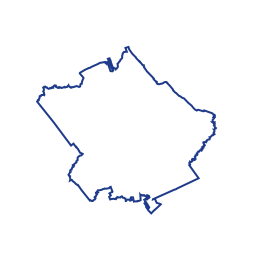 Fagetelu, Olt, Romania, rotated 54°
{"feature_id": "2599482B40628155009559", "entity_name": "Fagetelu", "entity_type": "district", "adm_level": 2, "iso_a3": "ROU", "parent_name": "Romania", "parent_adm1": "Olt", "projection": "equal_earth", "projection_center": [24.54, 44.785], "detail": "fine", "context": "isolated", "style": "outline", "palette": "blue", "viewbox_px": 256, "rotation_deg": 54, "n_neighbors": 0, "source": "geoboundaries", "source_scale": "gbopen_adm2", "svg_char_len": 5806}
<svg xmlns="http://www.w3.org/2000/svg" viewBox="0 0 256 256"><g transform="rotate(54 128 128)"><path d="M210.7,159.4L210.2,156.8L209.2,147.5L209.0,146.3L208.5,146.5L205.4,148.8L200.9,147.8L200.4,149.8L200.3,149.7L205.1,126.9L205.7,125.3L205.8,123.8L206.1,122.1L210.2,100.4L194.6,100.3L194.8,100.0L194.0,99.8L193.9,99.2L192.8,99.2L192.1,98.7L192.3,98.0L191.7,97.6L192.3,97.2L192.7,96.6L192.6,95.5L192.3,94.9L191.7,95.1L191.0,94.7L190.9,94.0L191.2,93.8L192.1,94.1L192.1,93.7L192.9,93.2L193.1,92.9L192.8,92.5L192.0,92.2L192.5,91.4L190.4,90.7L190.4,90.1L189.8,89.4L190.4,88.7L190.5,88.1L190.0,87.3L189.0,87.3L189.1,86.4L188.5,85.9L188.4,85.0L188.9,84.4L188.4,83.5L188.3,83.1L188.8,82.3L189.3,82.0L188.7,81.5L189.2,81.3L189.2,80.6L189.0,80.3L187.9,80.1L188.2,79.1L187.1,78.9L187.2,78.6L187.9,78.1L187.6,77.6L187.0,77.6L186.8,77.4L186.7,76.9L187.2,76.3L187.2,76.1L186.7,75.9L186.0,76.2L185.3,75.8L184.4,75.8L184.2,75.7L184.3,75.4L184.0,75.1L184.5,74.5L184.7,73.5L185.4,73.2L185.1,72.4L184.6,72.4L184.3,70.9L184.7,69.2L185.1,68.8L185.1,68.6L184.4,67.8L183.5,67.4L183.8,67.1L183.8,66.5L183.5,65.3L183.5,64.4L183.3,64.0L183.9,63.2L183.9,62.9L183.3,62.5L183.6,61.7L182.4,61.8L181.9,61.1L182.0,60.7L181.7,60.5L181.4,59.9L180.6,59.4L179.8,59.4L180.1,59.0L179.4,57.7L179.9,57.1L179.8,56.9L178.5,57.2L177.5,57.1L177.1,56.7L176.1,56.8L175.8,56.4L176.0,56.0L175.3,55.9L175.3,55.3L174.7,55.3L174.3,54.6L173.8,55.2L173.5,56.2L172.7,56.4L172.9,56.0L173.1,55.3L172.4,55.6L171.2,54.8L170.7,52.6L170.4,52.0L170.1,52.0L169.5,52.6L169.3,52.0L167.9,51.1L167.8,50.8L168.0,50.6L168.8,51.1L169.5,50.8L168.6,50.2L166.7,51.0L165.6,51.2L158.6,56.0L159.0,56.5L158.8,57.2L154.6,60.4L154.3,61.0L154.3,62.1L152.6,62.9L150.0,63.3L147.1,63.4L143.4,64.4L136.9,65.3L135.4,66.4L133.2,67.0L132.2,67.8L128.0,68.5L127.1,69.0L125.4,69.1L124.7,69.4L124.1,69.4L123.3,69.0L118.5,69.3L114.5,69.9L114.4,69.7L113.3,70.0L112.8,70.6L112.4,71.5L112.1,74.5L111.5,75.4L110.9,77.1L109.7,78.3L109.4,78.2L108.1,78.4L107.7,77.6L105.3,78.4L103.2,78.5L103.0,78.0L93.3,79.4L88.4,79.3L88.2,79.0L87.6,79.1L86.6,78.3L85.6,79.2L81.1,79.4L81.2,79.7L76.1,80.3L75.6,80.1L70.4,80.9L65.1,80.8L62.7,80.0L61.7,83.0L65.6,84.1L64.8,85.3L64.7,85.8L64.1,86.5L64.5,88.3L65.6,89.5L66.1,90.3L67.9,91.5L68.3,93.1L68.3,93.8L69.1,95.1L69.3,96.5L69.8,97.7L69.9,98.8L71.9,99.7L72.7,100.5L73.2,101.9L73.0,102.7L73.3,103.4L72.3,103.4L71.8,104.3L71.1,104.1L70.9,104.8L69.2,104.5L64.0,103.0L63.9,102.7L60.8,102.0L60.2,103.6L68.8,105.6L70.0,106.0L72.8,106.2L73.0,107.2L71.7,108.7L66.4,107.1L62.4,106.2L62.2,106.9L62.8,107.5L62.5,107.5L62.3,108.0L61.2,107.6L58.7,112.7L58.6,114.4L57.0,121.9L57.0,123.5L56.5,124.3L55.7,128.1L55.1,134.3L55.3,134.8L56.1,134.9L60.8,134.5L61.4,134.6L63.1,137.5L65.0,139.5L64.6,139.9L64.7,140.8L66.2,142.2L66.3,142.4L66.1,143.3L65.7,143.8L64.9,144.1L63.8,145.0L63.4,146.6L63.0,147.2L63.0,147.6L62.6,148.1L62.6,148.8L61.8,149.6L62.0,150.2L61.7,150.6L60.9,150.7L60.5,151.0L59.7,151.0L59.0,151.5L58.6,151.3L58.9,152.2L58.7,152.4L59.0,153.0L58.3,154.8L57.7,155.0L57.9,155.4L57.2,156.0L56.8,157.9L56.2,158.5L55.7,158.5L55.2,159.1L54.5,159.5L54.4,159.7L55.0,160.3L54.5,161.0L54.1,161.3L52.2,162.0L51.9,162.0L51.9,161.6L51.5,161.7L51.2,161.5L50.9,161.8L51.2,162.4L50.7,162.4L50.3,162.6L50.7,164.5L50.5,165.1L51.3,165.2L50.5,166.5L50.6,167.1L49.8,167.5L49.9,168.4L49.7,169.1L48.5,169.8L47.4,169.8L47.0,170.5L46.2,170.5L46.2,170.8L45.5,171.3L45.3,171.8L45.5,172.9L46.7,173.0L47.9,173.7L48.1,174.3L48.6,175.1L49.9,175.1L50.6,175.7L51.9,176.0L52.2,176.5L51.6,176.8L50.5,178.5L50.9,179.4L50.4,179.9L50.4,180.8L51.3,181.6L51.5,181.6L51.8,182.2L52.2,182.6L52.4,184.2L53.1,184.2L52.9,185.1L53.2,186.0L79.4,184.8L108.7,184.4L108.6,181.3L112.9,181.3L112.9,180.9L114.8,181.0L115.2,180.8L119.8,181.3L122.3,179.8L122.5,180.0L122.7,182.1L122.1,183.1L122.1,185.3L122.6,186.4L124.3,187.5L124.5,187.8L124.3,188.8L124.8,189.5L125.5,189.9L125.5,192.5L125.8,193.0L126.7,193.7L126.5,194.0L125.7,194.2L125.6,194.5L127.3,195.1L127.0,196.1L127.8,197.1L127.9,197.7L128.5,198.1L128.2,199.2L128.3,199.6L128.7,199.9L129.7,200.1L129.5,200.8L130.0,201.3L130.9,203.6L131.6,203.8L133.0,203.2L133.4,203.9L135.3,204.5L136.4,205.8L136.5,204.7L137.1,203.9L138.5,204.0L140.4,203.3L142.5,203.1L143.7,202.5L144.6,202.5L144.8,202.0L150.9,202.1L164.2,201.5L164.1,200.9L164.9,200.8L165.3,200.3L165.8,200.2L166.3,199.5L166.4,199.1L166.0,198.2L166.3,196.9L166.0,195.9L164.3,195.7L164.2,195.3L164.7,195.0L164.4,194.8L164.5,194.4L164.3,194.0L163.7,193.2L163.5,192.2L161.8,192.2L161.5,192.0L161.5,191.1L162.5,191.0L162.6,190.1L161.1,190.1L160.7,188.9L161.5,188.0L161.9,186.9L162.2,186.6L162.6,185.3L162.5,184.8L163.2,183.1L163.2,182.5L164.2,181.5L165.6,178.6L165.2,177.3L165.4,176.6L170.4,178.0L170.6,178.4L170.1,179.9L170.0,181.5L172.4,181.5L172.6,183.7L175.3,184.4L175.8,183.0L176.8,181.2L177.6,180.6L177.7,180.0L178.5,179.5L178.3,179.0L177.8,178.7L178.0,177.7L177.6,177.2L178.8,176.3L179.2,175.6L179.7,175.1L179.5,174.1L179.7,173.1L181.3,173.2L182.1,172.2L182.8,172.2L183.6,171.5L185.7,172.7L185.9,172.3L185.3,171.7L185.8,170.2L187.0,169.0L186.9,168.4L188.0,168.9L188.4,167.5L187.2,167.3L186.9,166.9L185.9,166.6L185.9,166.2L187.0,164.7L191.0,166.5L192.3,164.1L192.7,163.9L193.0,163.1L192.8,162.8L193.5,161.8L193.7,161.1L193.8,160.2L189.3,157.3L189.6,157.3L189.8,156.8L190.2,156.8L190.4,156.2L191.0,155.9L191.2,155.4L191.6,155.5L192.0,154.3L193.0,154.2L193.9,153.6L193.5,152.2L194.0,151.7L195.2,152.4L195.4,152.3L195.1,151.4L195.3,151.1L196.5,151.3L196.3,152.1L196.8,152.3L196.7,152.6L196.4,153.6L195.7,153.4L195.6,154.0L197.0,154.4L196.7,155.0L195.8,154.8L195.6,156.0L195.8,156.2L195.6,157.0L198.4,157.5L198.5,157.0L204.7,157.5L205.0,158.2L204.9,158.7L198.6,158.3L198.6,158.9L203.1,159.1L202.3,159.6L201.7,159.7L204.8,159.9L205.9,159.7L206.4,160.0L210.7,159.4Z" fill="none" stroke="#1e3a8a" stroke-width="2"/></g></svg>